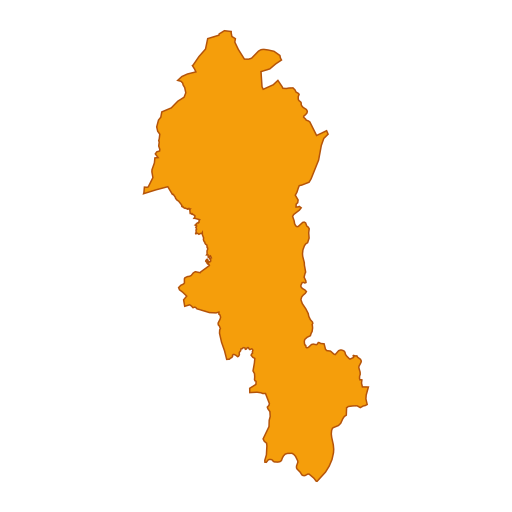 the district of Antananarivo Avaradrano, Analamanga, Madagascar
{"feature_id": "10022922B99940912082943", "entity_name": "Antananarivo Avaradrano", "entity_type": "district", "adm_level": 2, "iso_a3": "MDG", "parent_name": "Madagascar", "parent_adm1": "Analamanga", "projection": "mercator", "projection_center": [47.627, -18.918], "detail": "fine", "context": "isolated", "style": "filled", "palette": "amber", "viewbox_px": 512, "rotation_deg": 0, "n_neighbors": 0, "source": "geoboundaries", "source_scale": "gbopen_adm2", "svg_char_len": 6077}
<svg xmlns="http://www.w3.org/2000/svg" viewBox="0 0 512 512"><path d="M178.6,287.6L179.5,289.8L182.7,292.2L186.7,296.1L183.6,299.8L184.7,306.3L189.7,304.8L191.4,306.0L193.0,307.7L194.8,307.1L195.9,307.6L196.9,308.8L209.5,312.6L216.0,312.9L218.9,312.1L218.9,314.2L220.0,315.0L220.6,317.2L220.1,319.1L218.1,323.1L218.3,324.9L219.2,325.7L220.4,328.6L219.7,329.8L219.5,333.2L221.5,342.1L224.5,350.7L226.7,359.4L229.4,359.2L230.4,358.2L231.8,357.5L232.6,356.3L232.5,355.3L233.2,354.5L234.2,354.5L235.6,355.1L237.7,356.7L238.5,356.3L239.4,354.7L239.2,352.9L239.7,351.8L240.6,350.8L241.0,348.9L242.2,348.7L242.7,348.0L243.9,347.6L245.1,348.1L245.4,349.3L246.4,349.0L247.4,347.6L248.4,347.6L249.1,348.9L249.9,349.6L251.7,348.8L252.5,349.4L252.9,350.4L252.3,351.9L252.6,353.1L251.5,354.2L251.1,355.2L252.9,357.4L254.8,358.4L254.4,363.0L253.0,370.9L254.5,373.6L254.7,377.0L254.5,379.6L255.0,380.8L255.5,380.8L256.1,381.5L255.9,384.4L249.7,388.3L249.8,392.6L257.0,392.2L261.1,392.8L262.7,393.5L265.5,393.5L269.4,403.6L268.9,405.4L267.3,407.1L267.9,408.8L269.9,411.6L270.2,416.5L269.2,420.3L269.0,426.6L263.1,438.9L264.3,441.3L266.6,443.2L266.9,446.0L266.4,454.9L264.8,460.3L264.9,462.2L266.3,462.3L268.3,459.8L269.8,459.4L271.4,459.6L272.5,460.2L273.3,461.4L274.4,461.9L277.7,462.1L279.9,461.7L281.4,460.6L282.4,457.9L283.5,455.9L285.2,454.1L287.5,453.4L292.0,453.3L293.8,454.4L295.5,456.3L297.7,460.8L297.9,462.1L296.5,466.1L296.5,467.9L297.2,469.2L300.1,472.1L301.9,474.9L303.0,475.5L304.3,475.7L305.4,475.4L307.7,474.1L309.1,474.1L313.8,478.1L316.2,481.2L317.1,481.3L325.5,472.1L329.2,466.1L332.0,459.5L333.5,452.7L333.7,449.2L333.3,444.8L331.7,437.4L331.3,434.0L331.6,430.5L332.4,428.3L333.6,427.5L338.5,425.5L340.7,423.3L342.8,418.7L344.4,416.4L346.3,415.2L346.6,407.6L347.4,407.3L348.2,406.5L353.1,405.9L357.1,405.8L360.3,407.6L363.4,405.9L365.1,405.6L367.2,404.5L365.9,398.9L366.2,395.0L368.4,387.0L362.4,386.9L361.5,383.1L361.9,379.9L361.1,379.7L360.0,379.9L359.5,378.5L359.6,376.2L360.2,374.3L360.1,372.1L358.8,367.6L359.0,366.2L361.0,362.4L361.3,361.1L360.5,359.3L357.6,357.2L356.9,355.9L355.2,355.9L353.5,355.4L353.2,355.6L353.3,356.2L353.8,356.6L353.5,357.5L350.0,359.1L349.2,358.6L346.7,356.1L345.5,354.4L345.0,352.4L344.4,351.3L343.0,350.5L341.4,350.0L340.4,350.0L338.6,350.7L335.2,354.6L333.9,354.1L330.5,351.1L326.8,350.6L325.5,349.3L324.1,343.8L320.8,343.5L319.2,342.6L318.3,342.5L317.2,344.2L316.4,344.7L313.3,344.1L311.5,344.5L308.8,347.0L307.9,347.6L306.8,347.8L306.0,347.2L305.8,345.6L305.4,345.1L304.9,345.0L304.5,343.6L304.3,341.3L304.8,339.4L307.1,337.3L310.4,335.7L311.1,333.4L312.1,331.5L312.6,328.0L312.4,325.6L312.1,324.6L312.8,323.4L312.5,322.1L310.4,319.7L308.8,316.4L308.2,313.5L305.9,309.0L302.3,303.6L300.9,299.7L301.7,296.9L303.1,295.2L305.3,293.3L306.4,291.6L305.1,290.1L302.3,288.4L300.9,286.7L300.9,285.3L302.2,282.6L303.6,282.4L304.8,283.0L306.0,282.5L305.8,280.8L304.1,277.2L305.1,273.1L305.5,272.7L305.6,271.8L304.4,265.2L304.3,262.7L302.7,256.3L302.5,253.8L302.9,249.9L304.4,245.8L305.7,243.9L307.6,242.7L309.1,238.1L308.7,232.8L309.2,228.8L308.3,227.2L306.8,226.1L305.6,222.9L304.2,222.1L302.7,222.4L298.2,226.5L297.0,226.7L295.7,225.8L294.6,223.7L294.2,221.1L292.6,216.3L293.7,214.5L299.4,210.1L301.2,207.8L299.3,206.4L298.2,206.9L296.0,207.0L296.2,204.1L297.7,202.7L298.1,200.0L295.3,195.2L296.9,192.3L298.4,187.7L299.3,185.6L301.7,185.1L309.1,182.2L311.1,178.8L318.6,160.1L321.3,145.5L323.8,138.4L328.1,134.2L326.6,130.7L316.6,135.5L309.8,121.9L308.3,120.9L306.2,120.1L305.7,119.2L303.6,117.2L303.8,116.1L305.5,114.7L307.0,112.9L307.3,111.2L306.4,109.5L303.0,107.3L301.8,105.9L301.2,104.6L301.2,103.0L300.8,102.1L298.9,100.5L298.3,99.4L298.2,96.7L299.1,94.4L298.5,93.5L296.0,92.0L295.0,89.9L293.0,87.9L289.2,88.0L286.3,88.5L282.9,88.3L282.0,86.5L277.9,80.4L273.2,84.8L263.2,89.3L262.0,86.7L261.0,71.6L269.8,68.9L275.7,63.9L281.5,60.0L280.5,58.2L279.9,55.5L274.0,51.3L268.2,50.0L263.9,49.4L262.2,49.5L260.8,49.8L258.5,51.1L251.6,58.2L248.5,59.2L244.4,59.1L238.3,49.4L234.8,42.1L235.4,38.7L231.9,36.5L231.2,32.9L231.2,31.5L224.4,30.7L219.2,33.9L218.9,35.2L207.7,38.6L205.5,49.1L199.0,56.5L193.1,65.1L192.4,65.6L194.6,69.1L195.9,71.9L187.4,74.0L181.9,76.5L177.7,80.4L181.0,81.3L182.7,83.1L183.1,84.9L184.7,87.6L185.8,92.8L184.1,97.2L177.8,101.2L171.3,107.9L161.8,111.9L160.8,117.2L158.5,120.1L156.7,126.9L157.7,131.3L159.8,134.2L159.2,139.0L158.7,140.6L159.2,142.1L158.7,146.0L159.8,149.3L159.6,151.0L156.8,151.8L155.3,153.9L158.1,157.6L154.9,157.9L154.4,162.9L152.0,169.7L151.9,171.9L152.9,177.6L148.4,186.6L147.9,187.1L147.2,187.3L144.4,187.1L143.9,192.7L143.6,193.7L156.1,189.8L167.8,186.7L172.4,194.4L172.9,194.2L173.3,194.4L175.3,197.3L175.6,198.4L177.1,200.2L178.6,201.1L181.5,204.8L181.8,206.3L182.2,206.3L182.4,206.8L182.8,206.6L184.0,207.9L185.0,208.3L185.5,208.1L186.4,208.7L187.4,208.7L187.6,209.2L188.2,209.1L188.3,208.6L189.0,208.4L189.4,209.1L190.3,209.0L189.8,209.9L190.2,213.5L192.0,213.6L191.9,214.2L193.7,214.7L194.3,215.5L195.0,215.9L194.8,217.1L194.0,218.3L194.8,218.3L199.7,219.7L199.0,220.9L199.0,222.3L198.3,222.9L198.1,222.6L196.7,223.4L196.1,224.1L196.3,224.5L195.2,225.1L196.6,225.9L196.0,227.1L196.3,227.1L196.1,227.6L196.6,229.3L196.0,229.9L196.2,232.5L195.6,233.2L195.7,233.6L195.8,233.8L197.6,233.3L198.9,234.3L200.7,233.4L201.7,233.6L202.3,232.6L202.4,234.7L203.6,237.9L203.4,239.4L203.7,240.6L204.3,241.8L204.8,242.1L205.0,243.3L205.6,244.2L206.9,245.1L207.1,247.5L207.5,247.5L207.8,249.0L207.0,250.9L207.1,254.2L206.6,254.9L208.1,255.0L208.2,257.2L208.6,257.5L209.1,257.5L209.7,256.1L210.4,255.8L211.4,257.9L209.7,258.6L209.9,259.1L210.7,259.7L210.7,261.0L210.5,261.5L209.5,262.0L208.7,261.1L207.6,261.1L207.7,259.6L207.5,259.3L207.2,259.3L207.1,259.7L205.9,259.6L206.5,260.0L205.8,260.7L205.7,261.2L206.7,262.3L208.3,262.6L208.2,263.1L207.3,263.5L207.7,264.0L209.0,264.5L209.4,265.4L208.9,265.9L200.5,272.1L200.2,272.7L195.3,271.7L193.3,272.9L191.2,275.5L189.5,276.3L187.4,276.6L184.9,277.8L184.4,278.8L184.4,283.0L183.5,284.0L180.8,285.3L178.6,287.6Z" fill="#f59e0b" stroke="#b45309" stroke-width="1.5"/></svg>